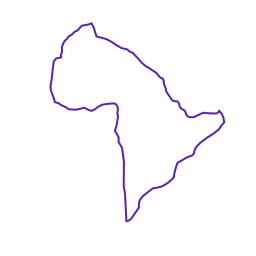 Thedtsho, Wangdi Phodrang, Bhutan, rotated 287°
{"feature_id": "84629894B76025461135829", "entity_name": "Thedtsho", "entity_type": "district", "adm_level": 2, "iso_a3": "BTN", "parent_name": "Bhutan", "parent_adm1": "Wangdi Phodrang", "projection": "orthographic", "projection_center": [89.894, 27.49], "detail": "fine", "context": "isolated", "style": "outline", "palette": "violet", "viewbox_px": 256, "rotation_deg": 287, "n_neighbors": 0, "source": "geoboundaries", "source_scale": "gbopen_adm2", "svg_char_len": 2392}
<svg xmlns="http://www.w3.org/2000/svg" viewBox="0 0 256 256"><g transform="rotate(287 128 128)"><path d="M38.6,153.6L39.5,155.6L42.2,157.6L46.4,158.9L52.9,161.0L55.1,161.7L58.0,160.8L60.2,160.4L62.8,160.4L67.1,162.1L73.7,166.6L77.6,169.5L81.3,176.6L84.3,179.7L87.8,182.6L92.7,185.6L94.6,186.3L96.0,185.9L99.6,185.5L106.0,185.3L109.4,185.6L112.3,188.6L116.8,192.5L120.6,197.4L123.0,198.6L125.8,198.1L130.3,199.0L135.1,201.5L142.1,206.6L147.5,211.3L153.2,215.2L156.2,216.1L159.4,217.3L161.6,218.4L165.9,216.1L169.1,213.4L171.0,210.2L169.3,209.7L168.1,208.8L167.7,208.0L167.4,207.1L166.9,205.5L166.8,204.7L166.3,203.1L165.8,201.9L165.6,200.1L165.3,199.0L165.1,198.0L165.1,197.1L164.7,196.2L164.2,195.3L163.5,194.1L162.4,193.0L161.0,191.5L159.8,190.1L158.9,189.2L157.9,188.2L157.4,187.1L156.9,185.9L156.7,184.8L156.4,183.1L156.7,181.6L157.2,180.7L157.7,180.0L158.5,179.3L159.4,178.8L160.8,177.6L161.5,176.3L161.8,174.1L162.2,173.1L162.8,172.1L164.2,170.8L166.3,169.6L167.1,168.8L167.6,168.1L167.8,167.2L167.6,166.0L167.2,164.7L167.3,162.7L167.9,161.5L169.2,159.9L170.0,159.0L173.0,155.2L174.3,153.7L175.3,153.3L176.1,152.9L180.8,149.5L182.2,148.7L183.4,148.5L185.4,146.7L185.7,144.3L186.7,142.3L187.8,140.6L188.9,139.2L191.6,130.2L192.4,126.7L194.1,122.7L197.0,118.0L198.9,114.6L201.2,110.6L201.6,107.3L203.0,103.8L202.5,98.7L202.8,97.3L203.8,92.9L205.5,87.4L206.7,81.2L206.3,71.1L214.4,65.5L217.4,62.5L215.4,59.9L212.5,54.2L210.7,53.0L207.7,51.8L206.8,51.2L205.9,50.6L205.2,49.8L204.3,48.8L203.5,48.3L201.8,47.5L200.9,47.0L198.2,44.5L197.0,43.9L196.1,43.8L195.0,43.4L193.3,42.3L191.4,41.6L190.2,41.4L188.3,41.3L186.9,41.2L185.3,41.2L184.4,41.7L182.5,42.3L181.3,42.6L180.1,42.6L178.9,42.4L177.5,42.8L176.0,43.5L173.5,38.9L170.1,37.6L165.9,38.2L163.6,38.6L162.6,38.8L161.0,39.0L155.5,40.2L149.2,41.2L145.5,41.6L142.1,42.9L139.2,44.9L136.6,47.0L133.6,49.2L131.3,50.5L131.4,54.3L130.3,57.5L129.9,61.5L128.6,66.2L130.3,72.9L133.2,78.1L134.5,79.7L134.5,81.2L133.7,85.5L133.7,88.1L135.7,90.4L137.8,92.0L140.2,93.9L142.9,96.8L143.4,97.9L144.9,101.0L146.2,104.1L147.5,107.7L147.1,109.7L146.1,110.8L144.9,112.1L142.7,112.9L141.2,113.3L138.9,113.4L136.5,114.9L135.2,115.2L133.8,115.4L131.0,115.8L128.0,116.3L124.5,116.3L121.5,116.3L119.7,118.4L116.1,121.9L111.9,123.1L107.1,128.2L94.5,134.0L71.4,140.8L68.4,142.3L64.2,144.4L54.2,148.0L38.6,153.6Z" fill="none" stroke="#5b21b6" stroke-width="2"/></g></svg>